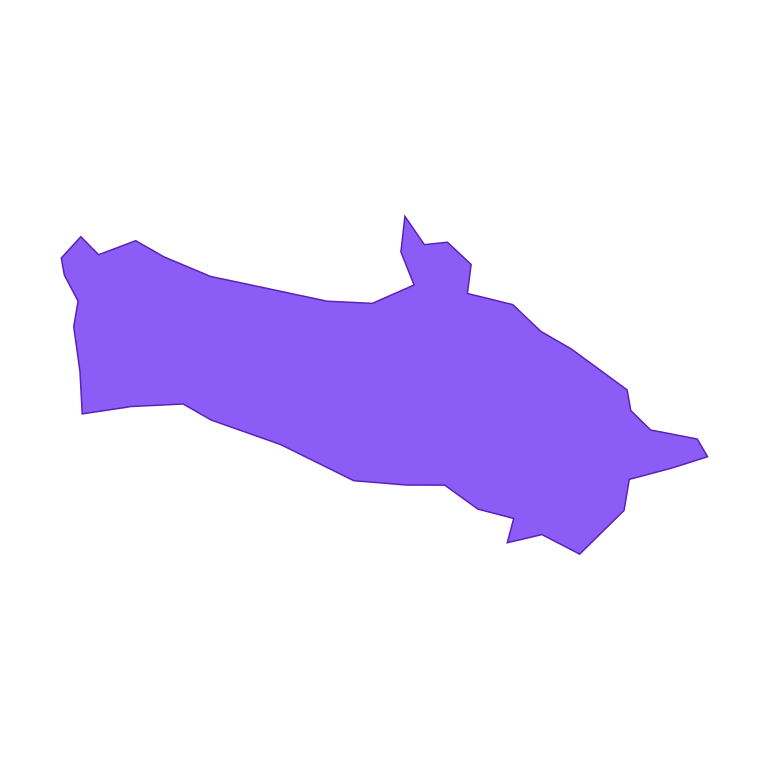 Kizirik, Surkhandarya, Uzbekistan, rotated 78°
{"feature_id": "79887680B98909134943467", "entity_name": "Kizirik", "entity_type": "district", "adm_level": 2, "iso_a3": "UZB", "parent_name": "Uzbekistan", "parent_adm1": "Surkhandarya", "projection": "orthographic", "projection_center": [67.318, 37.714], "detail": "fine", "context": "isolated", "style": "filled", "palette": "violet", "viewbox_px": 768, "rotation_deg": 78, "n_neighbors": 0, "source": "geoboundaries", "source_scale": "gbopen_adm2", "svg_char_len": 708}
<svg xmlns="http://www.w3.org/2000/svg" viewBox="0 0 768 768"><g transform="rotate(78 384 384)"><path d="M224.4,328.7L258.3,340.0L293.4,334.0L302.7,378.7L291.1,422.7L266.9,476.9L242.8,531.2L213.8,572.9L192.2,597.1L198.2,636.3L176.9,649.9L193.7,673.5L211.1,674.0L239.3,666.0L263.5,675.6L308.7,678.8L350.5,685.4L353.5,635.8L361.8,584.6L383.4,560.5L421.7,497.8L472.3,433.7L487.6,382.7L495.5,345.7L525.9,318.2L542.5,285.1L564.9,296.4L564.1,260.9L591.1,228.0L557.6,175.5L528.3,163.9L526.0,119.5L522.4,82.6L503.0,89.0L484.4,132.8L461.3,148.1L440.4,147.4L388.5,193.7L365.2,219.6L333.1,241.6L312.8,283.6L285.2,273.9L258.5,292.5L256.1,315.5L224.4,328.7Z" fill="#8b5cf6" stroke="#5b21b6" stroke-width="1.5"/></g></svg>